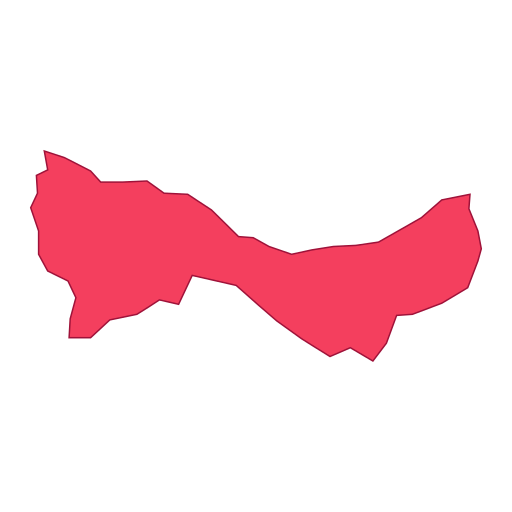 Karavostasi, Cyprus (Robinson projection)
{"feature_id": "46923920B41676558074930", "entity_name": "Karavostasi", "entity_type": "district", "adm_level": 2, "iso_a3": "CYP", "parent_name": "Cyprus", "parent_adm1": "", "projection": "robinson", "projection_center": [32.819, 35.141], "detail": "fine", "context": "isolated", "style": "filled", "palette": "rose", "viewbox_px": 512, "rotation_deg": 0, "n_neighbors": 0, "source": "geoboundaries", "source_scale": "gbopen_adm2", "svg_char_len": 825}
<svg xmlns="http://www.w3.org/2000/svg" viewBox="0 0 512 512"><path d="M178.6,304.3L192.2,275.4L236.2,285.4L258.8,305.4L276.9,321.0L301.7,338.8L314.4,346.8L330.0,356.5L350.3,347.7L372.9,361.0L386.4,343.2L396.6,315.4L412.4,314.3L441.8,303.2L467.7,287.7L477.9,261.0L481.3,248.8L477.9,231.0L468.9,208.8L470.0,194.3L441.8,199.9L421.4,217.7L400.0,229.9L378.5,242.1L355.9,245.4L333.4,246.5L311.9,249.9L291.6,254.3L269.0,246.5L253.2,237.7L238.5,236.6L222.7,221.0L211.4,209.9L197.8,201.0L187.7,194.3L164.0,193.2L147.0,181.0L122.2,182.1L100.7,182.1L90.6,171.0L64.6,157.7L44.3,151.0L47.7,169.9L36.4,175.4L37.5,193.2L30.7,207.7L38.6,231.0L38.6,254.3L47.7,271.0L68.0,281.0L75.9,297.7L70.2,318.8L69.1,337.7L90.6,337.7L109.8,319.9L136.9,314.3L149.3,306.5L159.4,299.9L178.6,304.3Z" fill="#f43f5e" stroke="#9f1239" stroke-width="1.5"/></svg>